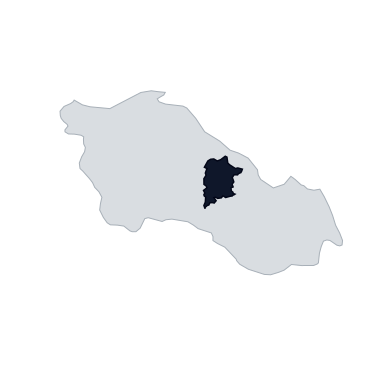 Tiranë, Tiranë, Albania shown in context, rotated 123°
{"feature_id": "67620474B90997304428465", "entity_name": "Tiranë", "entity_type": "district", "adm_level": 2, "iso_a3": "ALB", "parent_name": "Albania", "parent_adm1": "Tiranë", "projection": "natural_earth1", "projection_center": [19.888, 41.311], "detail": "fine", "context": "in_parent", "style": "filled", "palette": "ink", "viewbox_px": 384, "rotation_deg": 123, "n_neighbors": 0, "source": "geoboundaries", "source_scale": "gbopen_adm2", "svg_char_len": 2487}
<svg xmlns="http://www.w3.org/2000/svg" viewBox="0 0 384 384"><g transform="rotate(123 192 192)"><path d="M125.0,117.6L125.3,112.4L126.6,104.3L125.8,101.6L126.6,96.9L124.1,90.7L120.0,86.3L124.0,78.4L129.8,68.8L135.2,61.2L141.7,53.4L146.0,45.8L150.7,39.3L154.7,37.3L156.7,38.7L157.7,41.5L157.5,49.9L158.8,52.8L161.6,55.0L167.4,53.9L173.9,51.8L182.6,47.4L184.1,47.7L187.4,50.0L194.1,60.2L198.6,69.1L207.4,72.2L212.3,75.7L218.6,81.0L221.7,86.4L226.1,102.7L226.6,112.6L225.3,117.1L224.3,118.3L220.4,134.4L221.3,142.6L221.3,148.0L218.0,150.1L215.8,153.5L219.4,166.9L219.0,172.6L219.2,179.2L225.7,194.1L229.5,198.8L233.0,201.0L237.4,214.7L240.0,217.1L250.6,215.8L255.8,217.4L257.9,220.6L258.4,222.9L257.7,230.6L260.4,236.5L264.0,242.6L264.0,246.4L261.6,252.5L257.4,259.6L251.7,262.4L245.5,264.7L242.5,270.2L241.1,276.1L238.3,280.5L236.6,285.3L233.9,295.1L233.3,298.7L229.1,302.3L222.6,303.7L216.7,304.0L212.7,305.7L210.7,309.0L207.0,311.7L204.7,312.9L204.8,315.9L207.5,322.1L210.6,327.2L210.7,331.3L209.1,332.4L204.3,331.9L203.3,333.4L202.8,337.9L201.5,341.8L199.6,344.1L196.1,346.7L189.9,345.9L184.0,342.0L180.9,340.8L179.1,340.9L178.6,331.4L176.1,324.0L166.8,306.3L136.4,289.1L129.3,281.3L126.2,274.8L123.0,268.7L126.0,268.5L129.0,270.1L132.8,271.9L134.3,268.8L132.7,262.1L124.9,246.4L124.4,242.1L128.2,229.0L134.6,214.2L134.2,196.4L136.2,182.9L134.0,174.2L133.0,163.4L137.7,149.2L141.7,145.7L144.1,141.2L144.3,126.0L135.3,118.9L125.0,117.6Z" fill="#d9dde1" stroke="#a8b0b8" stroke-width="1"/><path d="M170.4,154.8L170.8,156.6L169.9,157.6L169.7,159.5L169.1,160.1L167.1,161.7L165.5,160.3L164.8,160.8L164.6,161.8L163.4,162.6L160.8,162.4L160.2,163.1L159.3,164.2L158.0,166.1L154.6,166.1L153.5,164.3L152.8,163.1L151.5,163.1L150.9,162.7L150.2,162.4L149.2,161.6L147.5,161.7L145.4,162.2L146.9,166.7L148.7,168.4L148.7,175.3L148.2,177.8L143.7,181.7L143.9,183.6L149.2,185.5L152.2,187.7L152.3,189.1L152.4,191.7L154.4,194.2L157.3,195.6L164.5,195.1L164.2,192.1L165.3,192.0L168.9,191.1L170.3,189.3L174.3,189.3L179.1,186.1L179.2,183.5L180.3,181.8L181.6,182.2L184.4,183.2L185.9,180.7L187.7,180.6L188.6,179.7L188.8,177.8L193.3,175.3L196.8,174.7L198.9,172.0L197.6,172.6L195.1,171.9L193.7,170.8L191.3,171.2L190.2,169.7L189.5,168.5L189.2,167.4L186.2,167.0L184.8,170.5L183.5,169.3L183.4,167.0L180.9,164.2L178.3,164.0L178.3,160.8L174.8,157.7L173.9,156.7L173.6,156.3L173.4,156.1L173.0,156.1L172.4,156.0L171.7,155.4L171.3,155.2L171.1,155.1L170.4,154.8Z" fill="#0f172a" stroke="#020617" stroke-width="1.5"/></g></svg>